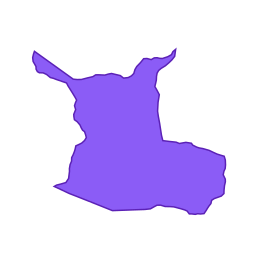 Igarassu, Pernambuco, Brazil, rotated 7°
{"feature_id": "56859067B26205413657265", "entity_name": "Igarassu", "entity_type": "district", "adm_level": 2, "iso_a3": "BRA", "parent_name": "Brazil", "parent_adm1": "Pernambuco", "projection": "mercator", "projection_center": [-34.962, -7.796], "detail": "fine", "context": "isolated", "style": "filled", "palette": "violet", "viewbox_px": 256, "rotation_deg": 7, "n_neighbors": 0, "source": "geoboundaries", "source_scale": "gbopen_adm2", "svg_char_len": 1887}
<svg xmlns="http://www.w3.org/2000/svg" viewBox="0 0 256 256"><g transform="rotate(7 128 128)"><path d="M210.4,204.5L213.9,203.7L215.6,200.4L216.7,197.9L217.9,195.5L219.5,192.9L219.8,189.6L222.3,187.5L228.9,184.2L231.2,181.4L230.9,178.1L230.8,173.5L231.2,169.5L230.8,166.9L228.2,162.8L228.5,159.2L229.4,156.4L229.3,152.8L228.5,147.9L226.9,144.3L222.7,143.6L219.5,143.0L215.7,141.8L211.2,140.3L204.8,139.3L201.1,139.1L198.5,138.6L194.3,137.1L192.8,135.4L187.2,135.2L180.9,137.1L177.5,136.2L170.7,136.3L164.1,136.3L162.1,131.1L158.8,119.4L156.7,112.8L155.3,107.7L154.7,98.7L154.9,94.3L155.0,91.1L151.8,86.5L149.6,83.6L150.0,80.1L150.3,77.0L150.0,73.3L150.2,70.0L151.4,67.2L153.5,64.9L157.5,61.7L160.8,58.1L163.3,55.0L165.6,51.2L165.7,44.1L163.3,46.7L162.2,49.9L158.8,52.4L153.7,54.8L151.0,55.0L148.3,54.7L145.5,55.2L142.7,57.3L138.3,56.7L135.1,57.3L132.4,61.6L129.2,65.9L127.8,69.1L127.1,73.2L125.1,75.8L122.1,77.9L117.5,79.0L114.0,76.9L107.7,76.2L105.0,75.9L101.8,76.9L98.6,78.3L92.2,78.8L89.4,79.2L86.9,81.3L81.7,83.2L75.9,85.5L71.6,86.1L67.7,86.2L25.8,63.3L25.2,66.2L24.8,69.7L25.7,73.5L29.2,78.2L29.6,80.8L31.2,83.1L33.3,84.0L37.0,83.6L40.7,84.8L44.8,87.4L48.0,87.8L50.7,88.5L61.5,90.8L63.4,93.6L68.7,100.1L71.9,104.2L73.6,106.6L72.8,109.1L72.2,112.4L73.8,116.1L72.5,121.1L72.9,123.3L73.8,126.3L76.9,128.0L80.0,130.9L81.6,133.6L83.2,135.7L85.3,136.9L86.8,140.0L87.8,142.6L86.4,145.7L83.9,148.6L81.5,150.2L78.4,152.1L78.1,155.5L77.6,158.2L76.7,161.6L75.7,164.2L76.0,167.8L75.0,171.4L74.8,175.5L75.2,178.1L75.2,185.3L73.0,189.7L67.9,191.9L64.0,193.4L61.9,195.0L77.8,200.2L85.7,202.2L106.0,207.5L122.6,211.9L146.9,208.0L154.6,206.8L160.1,205.5L163.2,203.2L166.2,201.1L169.7,200.6L174.4,201.4L179.2,200.9L183.1,200.7L186.7,201.2L190.3,201.7L194.2,202.4L196.8,203.2L199.3,205.8L201.8,205.5L205.3,205.5L207.6,204.6L210.4,204.5Z" fill="#8b5cf6" stroke="#5b21b6" stroke-width="1.5"/></g></svg>